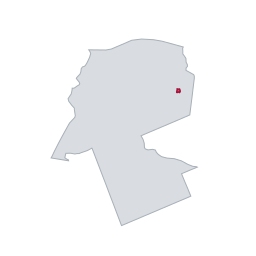 Colotenango, Huehuetenango, Guatemala (highlighted), rotated 157°
{"feature_id": "79465075B36067757797746", "entity_name": "Colotenango", "entity_type": "district", "adm_level": 2, "iso_a3": "GTM", "parent_name": "Guatemala", "parent_adm1": "Huehuetenango", "projection": "mercator", "projection_center": [-91.718, 15.443], "detail": "fine", "context": "in_parent", "style": "filled", "palette": "rose", "viewbox_px": 256, "rotation_deg": 157, "n_neighbors": 0, "source": "geoboundaries", "source_scale": "gbopen_adm2", "svg_char_len": 2088}
<svg xmlns="http://www.w3.org/2000/svg" viewBox="0 0 256 256"><g transform="rotate(157 128 128)"><path d="M45.5,181.0L46.6,179.9L47.5,177.4L48.6,174.8L47.9,171.8L47.5,169.4L48.8,165.8L48.6,163.2L49.2,161.5L51.1,160.5L52.1,158.4L46.7,151.5L46.7,149.9L47.5,147.9L51.8,140.5L56.9,131.6L62.6,121.8L66.0,115.9L78.5,115.8L86.7,115.8L97.2,115.8L108.6,115.8L116.0,115.8L119.1,115.7L118.6,111.9L119.0,107.7L120.4,103.8L120.4,102.1L118.1,100.0L113.8,98.8L111.4,97.0L111.4,94.6L110.4,91.8L108.3,88.5L103.9,85.1L97.3,81.6L91.7,76.9L87.1,71.1L83.2,67.3L80.2,65.7L79.5,64.9L88.3,65.0L96.6,65.0L96.7,56.6L96.7,49.1L96.8,40.7L111.9,40.7L130.0,40.7L148.7,40.7L163.4,40.7L172.1,40.7L171.7,51.2L171.2,63.4L170.9,72.3L170.4,84.1L170.0,96.2L169.4,112.7L169.0,123.4L169.1,123.6L174.1,123.1L181.3,123.6L183.1,123.6L185.3,124.5L187.0,124.8L190.7,127.2L195.1,129.0L197.8,125.3L196.4,123.1L195.3,122.0L195.5,121.0L210.5,130.5L208.7,131.9L204.9,135.3L198.0,141.1L191.7,146.2L185.7,150.9L180.3,155.1L179.7,155.5L172.9,158.5L171.7,159.9L170.2,165.9L169.6,167.3L170.8,170.6L172.1,175.7L171.7,178.4L166.9,181.6L164.8,184.6L163.8,186.5L163.0,186.0L161.5,185.8L158.1,186.6L156.5,186.7L155.1,187.6L155.0,189.4L155.9,192.4L156.2,193.9L155.2,194.6L151.1,196.4L149.4,198.2L147.9,200.9L146.0,202.0L144.1,201.8L142.8,202.2L139.9,204.3L135.6,208.2L133.2,211.2L133.2,213.4L133.6,215.3L117.8,208.4L112.5,207.2L90.3,207.3L80.8,204.6L70.0,199.3L62.6,194.5L45.5,181.0Z" fill="#d9dde1" stroke="#a8b0b8" stroke-width="1"/><path d="M69.2,141.7L68.6,141.4L68.4,141.3L68.2,141.3L67.8,141.4L67.6,141.4L67.4,141.4L67.2,141.4L67.0,141.2L66.9,141.2L66.8,140.9L66.8,140.7L66.4,140.8L66.2,140.8L65.9,140.9L65.8,141.0L65.9,141.3L65.8,141.5L65.7,141.6L65.6,141.8L65.4,142.1L65.4,142.3L65.5,142.5L65.5,142.8L65.4,142.9L65.3,143.1L65.3,143.3L65.3,143.6L65.4,143.8L65.5,143.8L65.9,143.9L66.1,144.0L66.3,144.1L66.5,144.1L66.8,144.2L66.9,144.3L67.1,144.6L67.3,144.6L67.5,144.7L67.6,144.4L67.9,143.9L68.0,143.8L68.1,143.7L68.3,143.3L68.5,143.0L68.7,142.7L69.1,142.1L69.2,141.9L69.2,141.7Z" fill="#f43f5e" stroke="#9f1239" stroke-width="1.5"/></g></svg>